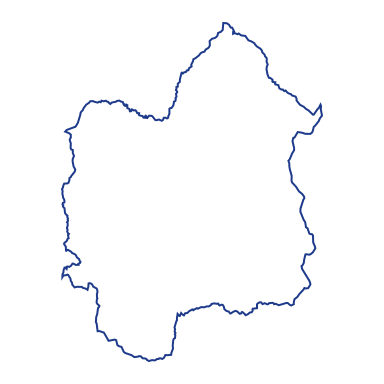 outline of Hacarí, Norte de Santander, Colombia
{"feature_id": "7082276B96739100690345", "entity_name": "Hacarí", "entity_type": "district", "adm_level": 2, "iso_a3": "COL", "parent_name": "Colombia", "parent_adm1": "Norte de Santander", "projection": "robinson", "projection_center": [-73.084, 8.368], "detail": "fine", "context": "isolated", "style": "outline", "palette": "blue", "viewbox_px": 384, "rotation_deg": 0, "n_neighbors": 0, "source": "geoboundaries", "source_scale": "gbopen_adm2", "svg_char_len": 5884}
<svg xmlns="http://www.w3.org/2000/svg" viewBox="0 0 384 384"><path d="M293.8,304.2L293.8,302.1L294.5,299.2L297.4,296.9L299.4,294.0L303.5,289.6L304.4,288.0L305.9,288.5L308.2,288.1L310.4,284.5L310.1,282.8L309.2,280.5L302.2,269.1L301.5,266.1L302.5,265.3L303.8,262.9L304.1,260.0L305.4,254.5L306.0,254.2L309.3,254.7L310.5,254.3L312.8,252.4L315.3,248.4L315.1,247.0L313.2,242.4L313.0,235.5L312.0,234.2L310.3,234.1L309.3,233.5L307.6,228.4L306.0,227.2L305.2,222.2L303.6,219.7L300.4,211.8L300.5,208.6L303.3,199.8L304.3,198.2L304.1,196.6L302.1,193.9L299.0,191.4L296.0,186.7L292.0,182.4L291.5,180.5L291.7,176.0L289.8,169.1L289.3,166.0L289.3,163.2L288.4,160.9L289.8,159.1L292.1,153.5L294.1,150.2L294.1,147.9L292.5,141.2L293.3,137.8L294.2,137.7L294.8,137.1L297.7,132.1L301.6,132.6L305.3,133.8L310.3,133.9L312.0,132.6L312.9,130.6L313.7,127.0L315.3,125.5L318.7,121.2L319.8,118.5L322.0,115.6L320.8,109.4L321.0,105.8L320.5,104.6L318.9,107.8L317.4,109.3L313.8,114.6L313.0,114.7L308.5,110.4L306.0,108.9L303.8,106.8L300.0,104.8L296.5,100.4L296.6,98.8L295.6,96.6L291.9,95.4L290.9,94.1L289.1,93.6L287.4,92.6L285.6,90.5L284.2,91.1L282.8,89.5L281.5,89.6L279.4,88.4L278.3,85.1L275.4,84.4L275.0,83.8L275.3,82.3L272.7,81.9L272.3,81.3L272.7,80.1L272.3,79.5L270.5,78.1L268.9,77.8L267.5,74.5L266.5,69.1L266.8,66.6L267.7,64.5L266.6,61.8L266.8,58.9L266.4,57.7L265.1,56.4L264.5,54.5L262.4,52.5L261.8,50.4L260.4,48.7L256.8,46.4L255.0,44.4L254.5,43.3L251.6,41.5L248.4,40.3L245.3,35.9L241.2,35.4L238.7,33.5L237.6,34.2L234.6,33.1L233.1,33.8L233.1,32.2L234.1,32.3L234.2,31.5L232.1,27.6L230.7,27.5L229.1,24.9L227.0,23.3L223.3,23.0L222.7,30.0L220.6,32.0L218.1,32.9L217.5,35.5L216.3,37.0L214.8,38.0L211.9,38.8L209.6,41.1L209.9,45.1L209.2,46.9L208.0,48.2L205.7,49.5L204.5,51.6L201.5,52.6L200.4,53.5L199.0,55.4L195.3,58.3L193.4,59.2L193.0,61.2L191.2,64.8L191.6,66.5L189.1,68.1L188.4,70.3L186.9,70.4L185.8,72.1L184.3,72.2L182.9,73.5L181.9,72.6L181.5,72.9L179.9,79.4L179.8,81.9L177.8,83.7L177.8,86.6L176.4,87.0L176.5,88.5L175.9,90.0L176.9,91.1L177.2,92.2L176.0,93.8L176.5,96.6L175.5,98.0L175.8,98.9L175.4,101.0L174.0,101.6L173.4,105.3L171.6,107.9L170.1,108.2L169.4,108.8L169.4,113.8L168.3,116.2L168.2,117.5L167.6,118.3L166.8,118.4L165.6,117.7L163.7,117.8L163.1,119.8L161.8,120.8L158.9,119.5L156.5,120.2L155.3,120.0L152.5,116.4L151.4,115.8L149.0,115.7L147.3,118.0L146.7,117.8L146.6,116.6L145.7,115.7L145.0,116.4L145.4,117.8L143.4,117.6L142.6,116.1L139.2,115.3L138.8,114.6L139.1,113.2L137.2,113.1L136.2,111.0L135.3,110.2L133.9,110.5L131.9,109.3L131.6,109.5L131.7,110.4L131.1,111.2L129.9,111.3L129.3,108.9L127.3,108.1L127.3,105.2L126.5,104.7L125.7,105.9L125.0,105.9L124.2,105.3L124.4,104.2L123.4,103.9L122.8,102.0L120.7,101.5L119.4,100.6L117.1,100.9L115.9,101.7L111.7,102.6L110.3,104.0L108.9,102.9L108.3,101.9L107.2,101.7L105.8,100.7L103.9,101.3L101.5,100.7L100.7,102.2L99.2,101.7L97.7,102.6L94.4,101.8L93.5,101.2L90.3,101.2L89.0,102.8L86.2,104.7L83.6,108.2L82.7,110.3L81.4,111.5L80.4,113.3L80.4,114.5L77.8,123.0L75.5,126.7L66.8,129.9L65.2,131.6L69.1,133.2L70.8,134.6L70.8,137.6L69.8,139.3L69.9,140.9L70.8,143.2L70.6,148.0L71.2,149.4L72.8,150.0L72.8,153.0L74.0,155.9L72.7,159.2L72.6,161.3L73.6,166.5L75.3,169.6L74.6,171.9L71.4,175.8L70.9,176.9L69.4,178.1L69.4,180.2L68.4,182.9L67.5,183.4L64.2,183.6L63.4,185.4L62.6,188.4L62.0,189.1L62.6,190.9L62.4,193.6L63.2,197.9L64.0,199.2L64.5,201.1L64.3,202.5L62.9,202.9L62.5,204.4L63.3,205.3L62.9,206.2L63.4,207.2L64.5,208.2L65.0,212.9L65.9,214.3L67.5,215.7L67.2,216.9L68.0,218.5L67.6,219.6L68.0,220.4L67.8,221.4L67.0,222.2L67.6,223.0L67.7,224.5L67.6,226.1L67.0,227.6L67.0,228.5L67.6,229.4L67.2,231.5L68.1,233.5L68.9,234.0L68.0,235.1L68.6,238.3L67.6,238.8L66.9,240.7L65.8,241.9L64.6,242.6L64.0,243.9L65.8,246.7L66.0,250.7L66.4,250.8L67.4,249.9L68.1,249.9L71.4,251.9L71.9,252.9L75.0,254.3L75.9,255.2L76.9,257.4L79.2,259.2L79.5,260.6L80.5,261.8L79.9,263.1L78.4,263.7L78.6,264.8L75.7,264.9L73.3,263.6L72.5,263.6L71.0,265.8L69.2,266.9L67.7,266.5L66.4,266.8L66.3,267.2L66.8,267.8L66.6,269.0L65.6,268.1L64.5,267.7L63.6,270.1L63.4,272.5L62.5,274.3L62.4,277.1L63.4,275.5L65.9,275.2L67.4,274.6L68.2,274.9L70.5,278.7L70.8,280.9L72.0,282.7L72.3,284.7L74.6,287.4L77.0,286.8L81.9,286.9L82.9,287.9L85.7,288.6L87.5,289.8L88.3,286.8L88.6,283.4L89.9,283.2L90.9,283.5L92.2,284.5L93.2,286.6L96.6,288.5L97.1,289.4L97.5,291.9L96.9,294.2L97.0,297.4L97.4,298.4L96.9,299.1L96.6,302.6L97.3,303.9L99.4,305.8L99.2,306.7L98.0,308.1L97.2,314.2L96.2,317.1L95.9,322.2L96.6,323.3L97.6,331.2L99.5,331.1L103.9,332.6L108.6,340.8L114.7,339.6L116.2,340.2L117.3,344.9L118.7,346.1L121.5,346.9L123.8,351.9L125.2,353.0L131.7,355.2L134.3,357.1L138.1,356.6L139.1,356.1L140.9,356.4L142.7,358.3L145.4,358.5L146.6,359.2L147.0,360.0L148.9,361.0L152.1,360.1L154.7,360.4L155.6,360.1L156.7,359.1L158.6,359.0L159.2,358.3L160.8,358.3L162.2,359.0L164.0,357.8L165.4,355.0L167.3,355.2L171.2,354.8L171.3,353.2L173.0,348.5L172.7,345.6L173.3,340.0L173.8,338.8L175.0,338.1L175.3,335.2L174.8,334.3L175.5,333.0L174.7,331.9L175.0,328.9L174.5,327.5L176.3,321.3L177.0,320.2L176.9,318.1L177.6,313.9L179.3,315.9L179.8,316.0L181.1,313.0L182.2,314.3L183.9,315.4L185.1,313.3L187.6,312.9L188.8,311.4L192.3,309.4L192.8,309.4L193.3,310.2L196.8,308.1L197.9,308.7L201.2,307.1L204.3,307.3L206.7,306.4L208.9,306.4L211.0,305.0L211.6,303.9L214.2,303.4L216.8,303.8L218.3,303.6L218.8,304.8L219.6,305.5L221.5,304.7L222.7,304.9L223.8,306.6L224.4,309.2L226.6,311.0L228.8,311.6L230.1,313.4L230.6,313.5L234.0,311.4L235.9,310.9L237.4,311.6L239.7,313.8L241.0,313.5L241.8,312.1L242.3,312.0L244.3,313.6L245.6,315.2L247.9,314.2L249.9,312.5L251.7,312.3L252.7,310.6L252.5,309.2L252.8,308.7L257.0,308.2L257.0,304.3L257.5,303.6L259.6,302.3L261.2,302.4L262.5,304.1L264.7,303.2L267.3,304.3L268.3,304.1L268.9,303.2L272.6,302.8L273.7,303.4L274.1,304.2L275.7,303.8L278.8,305.2L286.6,302.9L287.8,303.1L289.9,304.9L291.2,305.5L293.8,304.2Z" fill="none" stroke="#1e3a8a" stroke-width="2"/></svg>